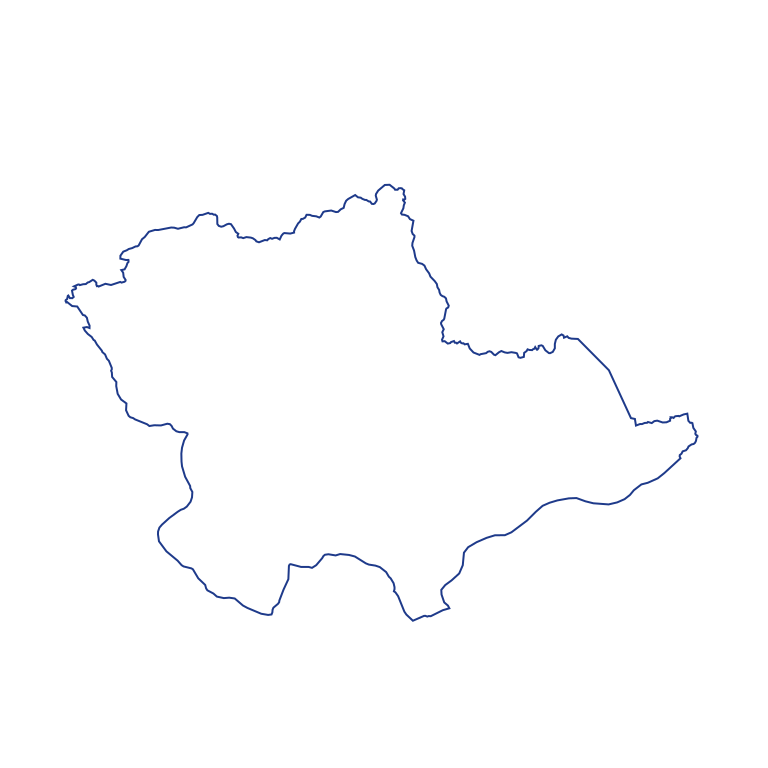 Sela, Anseba, Eritrea, rotated 67°
{"feature_id": "51966322B36323877774800", "entity_name": "Sela", "entity_type": "district", "adm_level": 2, "iso_a3": "ERI", "parent_name": "Eritrea", "parent_adm1": "Anseba", "projection": "orthographic", "projection_center": [37.406, 16.89], "detail": "fine", "context": "isolated", "style": "outline", "palette": "blue", "viewbox_px": 768, "rotation_deg": 67, "n_neighbors": 0, "source": "geoboundaries", "source_scale": "gbopen_adm2", "svg_char_len": 6153}
<svg xmlns="http://www.w3.org/2000/svg" viewBox="0 0 768 768"><g transform="rotate(67 384 384)"><path d="M568.2,140.1L566.3,140.2L565.0,139.5L564.4,137.4L562.7,135.4L563.0,131.9L561.8,129.5L560.5,128.1L559.8,124.5L560.2,122.4L559.6,120.6L558.2,119.0L555.7,117.4L555.0,116.0L554.0,115.7L553.0,116.6L551.5,116.9L549.5,115.5L545.3,116.4L540.5,115.4L539.9,115.9L539.4,117.3L536.8,118.2L529.8,116.4L529.1,120.1L529.1,124.9L528.5,125.3L527.6,128.1L527.6,129.2L528.4,130.7L527.2,131.8L526.6,133.2L527.6,133.4L527.9,134.3L529.6,135.0L529.6,139.0L528.3,142.5L524.5,146.8L523.8,149.7L524.6,152.8L522.1,155.9L522.5,157.0L521.7,159.3L521.7,162.2L520.9,163.9L520.7,168.3L514.2,166.7L511.9,170.0L459.2,171.6L418.3,187.9L415.5,193.7L413.7,196.0L411.7,196.7L411.7,200.2L409.5,199.8L407.8,201.1L408.3,205.0L410.4,208.5L413.9,211.1L417.9,212.8L420.4,216.1L420.5,219.1L420.0,220.1L416.0,222.3L411.0,223.0L409.9,224.0L409.4,226.7L411.4,227.8L412.3,229.4L412.1,229.9L409.1,230.4L410.3,231.9L410.2,233.2L410.7,234.4L409.4,237.0L408.2,238.3L409.4,239.9L410.1,242.8L413.7,244.7L413.2,248.2L412.0,249.7L407.8,249.6L406.9,250.5L404.5,254.3L403.6,258.2L402.1,260.5L399.5,263.1L399.7,265.7L401.0,270.2L400.0,271.3L396.4,272.7L395.1,274.1L394.9,276.0L395.5,277.9L394.3,283.4L394.5,284.7L390.0,289.3L384.8,291.2L379.8,291.1L379.0,294.3L377.6,294.9L377.2,296.1L376.0,297.1L374.5,297.3L375.2,301.0L374.2,301.5L373.6,302.7L371.8,302.8L371.6,305.9L372.2,307.1L371.7,309.5L368.3,311.4L367.6,313.5L365.9,313.3L363.4,310.6L359.1,310.1L356.9,307.6L351.4,308.0L350.1,307.7L348.7,306.0L348.2,304.0L347.4,303.0L339.5,297.7L338.9,297.0L338.6,295.0L337.2,293.8L332.4,294.1L329.4,293.5L327.3,294.4L325.9,295.9L324.1,297.0L321.6,297.1L318.9,296.5L315.9,297.0L312.6,296.3L309.1,297.1L303.3,299.3L299.8,299.2L294.8,300.4L290.8,300.5L288.3,302.0L285.8,305.2L283.1,305.7L279.4,305.6L272.9,304.2L267.8,304.0L265.3,302.7L260.6,298.5L259.3,298.0L257.1,299.0L253.9,298.8L245.2,293.1L242.3,295.7L239.0,296.3L236.3,299.0L235.0,301.3L233.4,301.6L229.8,297.5L227.2,295.9L225.2,293.9L222.3,294.7L221.6,294.2L222.3,293.3L221.9,292.1L219.8,291.4L216.8,291.8L213.6,289.7L211.8,290.9L211.2,290.9L210.3,291.9L209.6,294.0L210.5,295.6L209.5,297.9L208.1,298.1L202.8,301.0L201.1,305.5L203.7,313.8L206.0,317.1L207.4,318.0L211.5,318.5L212.5,319.3L214.2,322.0L214.2,323.4L213.4,324.8L210.6,325.5L209.9,326.8L207.7,328.3L207.2,329.5L205.1,331.6L203.4,332.6L202.0,335.0L198.8,336.7L199.7,344.7L200.5,347.2L203.0,350.0L206.1,352.3L206.3,355.6L207.6,359.0L207.0,361.0L203.7,364.8L202.0,371.0L202.0,372.7L205.1,376.8L205.5,378.5L203.2,380.8L201.1,384.5L199.3,386.2L198.0,389.2L200.0,391.5L200.3,394.2L199.8,395.6L201.7,398.0L202.6,400.3L206.4,405.3L208.2,407.1L209.5,407.6L208.9,411.5L206.1,416.8L206.2,418.0L207.4,420.4L210.2,423.5L207.5,425.6L206.7,427.7L206.6,430.3L205.2,431.7L205.4,433.9L206.1,435.3L204.9,437.5L204.7,443.7L202.8,445.8L201.3,446.1L198.6,447.8L197.2,449.4L195.0,453.3L194.7,456.6L193.2,458.2L192.3,460.7L191.6,461.1L190.2,460.9L188.8,459.4L186.2,461.0L182.3,461.3L177.1,462.4L175.9,464.1L175.6,466.3L176.0,470.2L175.6,472.4L173.9,474.3L171.6,474.9L165.4,472.4L164.0,472.2L162.0,473.3L161.7,474.5L160.1,475.7L159.4,477.7L157.8,478.9L157.4,484.9L156.3,488.0L157.4,490.7L161.6,496.4L162.3,497.9L162.5,504.9L161.6,506.8L160.6,513.0L158.1,516.1L156.8,518.8L154.0,531.8L152.7,534.6L152.1,539.9L152.0,541.0L155.2,546.8L156.2,550.2L160.6,555.7L160.9,557.1L160.3,559.0L160.5,562.7L160.0,566.2L160.4,568.5L160.3,572.3L162.9,576.5L165.6,577.7L169.1,573.0L169.9,570.8L170.4,570.9L171.8,571.5L172.5,573.0L174.8,575.0L177.1,578.0L176.5,581.3L179.6,580.6L183.7,581.8L187.3,581.2L188.1,581.7L188.5,582.9L188.1,586.0L187.0,586.9L186.2,596.6L182.9,601.3L182.8,608.6L182.0,609.1L181.8,610.0L180.2,610.0L178.3,609.2L175.7,610.2L174.3,611.4L175.0,615.5L174.8,617.1L175.5,619.4L174.6,622.0L174.1,625.4L173.2,625.9L172.9,626.8L173.0,631.2L174.4,629.9L175.5,630.0L176.1,630.9L175.7,633.6L176.1,634.7L180.4,635.6L182.6,635.6L183.2,637.4L182.2,639.6L179.2,640.0L179.3,640.6L182.0,642.5L182.4,644.2L183.1,644.7L184.8,644.6L184.7,643.7L190.4,640.6L192.8,636.1L202.8,634.2L204.0,632.6L206.9,631.6L210.8,632.3L215.2,632.2L217.4,633.2L215.5,635.2L214.7,638.7L217.9,638.5L222.2,637.1L226.5,634.7L230.0,634.1L231.0,633.3L235.5,632.8L243.1,630.7L244.5,630.8L247.8,629.2L252.5,629.2L255.1,628.2L262.8,628.3L264.2,628.9L265.2,630.0L267.0,630.0L271.3,631.5L277.6,629.6L281.3,631.3L289.0,633.0L295.5,632.1L301.3,628.7L307.4,631.7L313.5,631.5L315.5,630.5L317.4,628.2L319.3,627.0L328.5,617.8L331.0,616.4L332.2,611.6L335.0,605.5L335.9,599.0L337.3,596.8L339.6,595.9L342.6,595.7L346.4,593.6L348.4,591.1L350.3,586.6L352.6,584.2L353.6,584.5L357.9,590.1L363.7,594.8L368.8,597.7L376.3,600.7L380.9,602.1L391.7,603.3L402.1,602.3L404.2,603.0L408.5,602.6L413.3,605.0L416.8,608.1L419.8,613.4L420.6,617.0L420.4,620.2L421.0,623.8L423.4,633.8L426.7,643.3L428.4,646.8L431.5,649.6L434.1,650.8L440.9,652.6L453.0,649.7L466.0,643.0L471.7,641.1L473.6,639.8L478.5,633.3L479.9,632.3L490.3,630.9L499.1,627.1L502.6,627.6L504.9,627.2L510.2,622.9L514.4,620.9L518.5,615.1L520.2,610.0L523.1,605.2L532.8,600.4L536.8,597.2L547.5,586.8L551.3,580.9L552.2,577.6L550.6,576.0L548.3,574.8L546.7,573.2L544.9,567.4L543.9,565.8L542.4,564.9L534.0,556.8L526.3,548.3L514.3,542.6L513.3,541.4L513.4,540.3L520.0,531.8L522.9,524.9L525.1,522.1L524.3,517.2L520.2,509.0L518.7,507.0L518.1,505.1L519.0,501.7L522.9,495.5L523.4,490.8L527.7,483.0L531.4,478.2L542.0,470.8L544.3,468.5L547.8,462.9L550.9,459.4L558.0,455.5L563.3,454.8L565.5,453.8L571.1,453.0L575.1,453.7L577.0,454.5L578.7,455.9L580.2,454.9L584.8,453.9L601.5,454.2L605.0,453.5L613.2,449.9L613.1,437.8L613.5,436.6L615.0,435.0L615.1,433.5L616.0,431.7L615.2,418.2L616.0,411.5L613.0,411.7L608.6,413.9L600.3,413.3L595.9,411.7L593.0,406.2L591.2,398.6L587.8,388.8L581.6,382.3L570.5,376.3L567.1,370.3L565.8,360.6L565.7,349.7L566.6,341.0L570.4,331.8L570.3,324.7L565.6,305.7L561.0,294.3L558.1,285.6L558.0,278.0L558.9,269.9L561.5,258.5L564.2,251.4L570.7,244.4L575.6,237.9L582.6,224.3L584.1,215.6L584.0,207.5L582.2,200.9L579.4,195.5L577.0,186.3L578.0,179.8L577.8,168.9L575.5,160.7L568.2,140.1Z" fill="none" stroke="#1e3a8a" stroke-width="2"/></g></svg>